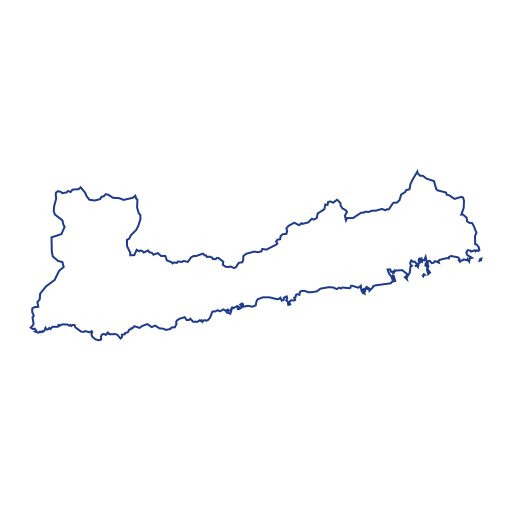 Bolaang Mongondow Selatan, Sulawesi Utara, Indonesia (Natural Earth projection)
{"feature_id": "22746128B14720240696101", "entity_name": "Bolaang Mongondow Selatan", "entity_type": "district", "adm_level": 2, "iso_a3": "IDN", "parent_name": "Indonesia", "parent_adm1": "Sulawesi Utara", "projection": "natural_earth1", "projection_center": [123.982, 0.455], "detail": "fine", "context": "isolated", "style": "outline", "palette": "blue", "viewbox_px": 512, "rotation_deg": 0, "n_neighbors": 0, "source": "geoboundaries", "source_scale": "gbopen_adm2", "svg_char_len": 6048}
<svg xmlns="http://www.w3.org/2000/svg" viewBox="0 0 512 512"><path d="M105.7,194.2L103.6,196.4L101.5,196.8L100.2,199.1L94.6,200.5L89.3,199.7L86.5,196.0L85.2,192.8L80.6,187.3L78.6,189.2L72.5,189.6L70.6,192.0L68.1,191.0L66.4,192.5L62.2,193.1L60.9,191.9L57.9,191.2L56.1,192.5L55.7,194.4L56.2,198.5L54.1,206.3L53.7,211.1L54.9,214.5L62.4,220.4L63.5,225.0L64.6,226.8L61.4,234.1L51.5,237.4L51.8,251.6L52.8,256.5L58.0,260.9L62.4,262.1L63.7,267.0L59.1,270.8L54.6,280.0L46.1,286.3L40.2,293.6L39.7,299.4L37.4,302.2L38.3,306.8L34.3,307.2L32.3,308.4L32.2,312.0L33.8,315.7L32.5,317.5L33.5,323.1L33.2,325.0L30.7,327.6L32.9,329.1L34.8,328.6L36.1,330.7L35.0,331.5L38.5,332.7L39.9,331.6L40.5,332.2L42.2,331.3L42.6,331.9L44.5,330.6L45.5,327.9L46.4,329.4L47.7,329.5L49.3,328.0L50.3,329.1L52.5,326.8L57.6,326.8L58.7,326.2L58.4,325.2L59.0,324.9L59.8,325.7L62.3,324.4L67.3,324.5L69.4,325.7L70.4,324.9L71.4,326.0L72.5,325.0L74.5,325.0L75.4,327.4L81.1,331.6L83.7,331.9L85.4,331.1L89.3,332.3L91.7,331.2L92.2,332.2L91.4,334.2L92.2,336.7L95.4,339.3L98.8,340.3L101.1,339.5L100.9,337.1L101.8,334.7L103.9,333.9L105.9,334.9L107.7,332.5L108.7,333.3L108.2,333.7L110.0,334.3L115.6,334.1L117.4,334.8L120.5,338.5L121.9,337.2L122.0,334.7L124.7,334.3L125.3,332.9L127.9,332.3L129.1,329.7L130.7,329.4L131.3,328.2L132.5,328.2L134.4,326.2L139.5,327.9L142.3,325.9L147.4,324.1L151.7,327.1L155.2,325.6L159.6,328.4L162.8,328.6L166.1,329.9L170.4,329.0L171.5,327.5L174.8,327.3L176.5,324.0L176.1,322.3L176.9,320.5L179.6,318.7L184.8,317.2L186.5,320.0L189.0,320.0L190.3,318.7L193.0,321.7L197.6,321.8L199.6,320.3L200.6,320.9L201.3,320.3L202.4,321.9L203.4,320.4L205.2,320.3L205.6,319.6L205.5,320.4L206.5,320.7L208.2,319.9L210.1,317.6L212.2,312.0L213.1,311.4L215.5,311.4L217.6,310.2L220.0,311.3L223.5,309.4L225.5,310.8L227.8,309.6L228.4,310.6L226.9,312.5L230.3,313.7L231.4,310.3L230.2,310.4L232.2,307.4L233.3,308.2L237.3,306.0L238.8,307.0L237.7,308.2L237.8,309.1L238.8,309.2L241.5,307.7L241.3,305.9L240.2,304.6L241.9,303.5L242.7,303.8L243.4,306.7L248.0,305.8L252.4,306.7L255.7,305.4L256.5,301.3L257.7,299.3L262.8,297.3L269.3,297.3L277.1,299.2L278.8,299.0L280.3,297.7L281.8,300.7L283.7,299.8L283.8,297.8L286.7,296.4L287.3,298.1L286.2,300.3L287.9,301.8L288.2,304.9L289.2,304.9L290.2,304.3L289.2,302.4L290.7,300.4L294.6,300.4L295.2,299.7L294.2,297.8L295.5,297.2L296.0,294.9L297.3,294.2L299.4,294.8L299.9,292.0L301.6,290.9L304.7,290.9L308.7,292.3L312.4,292.1L317.0,291.3L320.6,288.6L328.8,287.2L333.4,287.5L336.6,289.1L339.3,287.6L340.8,288.5L342.4,287.5L349.0,288.2L350.3,287.9L351.0,285.9L351.9,285.7L358.4,287.7L360.8,285.7L361.4,290.4L362.8,292.9L364.4,293.6L363.1,289.6L363.8,289.0L365.1,290.6L365.6,288.3L366.7,286.9L367.7,287.7L367.3,288.9L368.1,289.2L368.2,288.0L369.4,288.6L369.5,290.7L373.2,287.0L373.2,286.1L375.2,285.4L390.7,283.3L392.2,281.6L395.2,281.0L393.7,275.8L393.0,275.5L392.4,277.7L393.7,278.9L392.5,279.6L391.3,276.4L389.1,273.8L387.6,269.5L390.2,269.4L391.1,271.8L392.3,271.6L392.9,272.8L393.7,271.7L393.6,273.7L394.0,272.1L395.7,270.5L402.2,270.2L406.9,273.8L406.8,275.7L404.9,277.2L406.8,279.1L406.5,277.9L409.7,272.8L410.5,266.7L411.9,265.8L410.6,264.8L410.2,262.9L411.3,260.4L413.0,261.9L414.6,261.5L416.4,263.6L417.6,263.6L416.9,265.5L417.9,267.0L418.5,263.6L419.8,262.7L418.6,260.7L419.1,258.7L421.2,258.4L420.2,260.9L422.0,261.9L422.2,259.8L424.1,260.4L425.6,256.8L426.7,262.1L425.5,264.0L425.5,266.5L426.3,264.8L427.2,264.6L426.8,266.4L427.7,268.1L428.4,266.5L427.6,263.5L428.3,261.1L429.9,261.0L431.8,263.2L433.9,262.6L434.9,261.1L438.9,262.7L438.3,260.8L439.8,259.8L446.8,258.1L448.8,258.4L448.9,257.1L451.0,256.0L457.8,257.3L459.4,258.8L458.8,260.3L460.0,261.8L461.2,260.4L462.8,260.3L463.7,259.4L467.1,260.3L467.6,259.1L469.2,261.5L469.7,258.4L471.9,257.8L467.3,255.1L466.3,252.6L467.7,250.2L470.5,250.6L471.1,251.6L474.7,250.3L475.4,251.4L477.0,250.3L478.2,251.0L479.4,250.0L478.7,247.1L476.6,244.5L475.2,244.2L475.0,236.0L476.4,232.7L473.8,226.1L472.1,223.1L469.6,222.9L467.1,221.4L466.6,217.6L462.4,214.2L461.4,214.5L463.7,207.8L464.0,200.9L463.1,197.6L461.1,196.9L454.6,198.9L449.0,195.2L446.7,194.7L446.0,192.5L437.4,190.3L436.2,189.0L434.0,181.1L426.5,178.6L422.8,175.8L420.1,175.7L417.5,173.1L417.3,171.7L412.2,180.3L410.4,184.3L409.5,189.3L406.2,190.1L405.2,192.0L401.2,194.5L399.5,200.1L396.9,202.7L394.2,202.6L392.8,203.4L388.8,209.4L386.8,209.3L385.4,210.3L381.9,208.9L376.1,210.6L371.4,210.8L368.8,212.0L365.4,211.7L363.5,212.7L361.2,212.7L353.1,218.0L347.1,218.1L346.0,220.4L344.9,215.6L347.0,212.0L345.6,210.1L342.5,208.5L340.6,205.6L340.4,203.1L337.8,200.3L336.9,199.8L333.2,202.7L330.5,201.5L328.2,201.9L327.5,204.9L325.3,204.5L324.4,209.2L317.7,213.5L316.7,218.1L313.7,219.6L311.8,218.8L308.3,222.4L302.4,223.9L301.6,223.2L299.0,225.2L294.3,222.7L288.6,225.8L286.4,228.3L287.1,231.1L286.4,233.8L282.6,234.3L280.6,236.1L280.2,239.2L277.5,239.7L276.1,241.5L277.3,243.2L276.6,244.4L266.5,249.6L262.2,249.0L261.4,251.4L257.8,252.2L254.3,251.6L246.3,253.7L243.4,256.0L243.1,260.4L242.2,262.3L238.8,262.8L235.8,267.3L234.0,268.0L230.6,266.5L228.4,267.1L225.5,266.7L222.8,264.8L223.3,261.8L218.5,258.0L216.9,257.9L215.5,259.2L212.8,259.0L212.4,257.8L210.1,256.7L206.9,256.9L206.0,255.4L204.7,255.4L202.9,253.6L196.3,256.0L193.6,256.0L191.1,257.4L187.8,261.9L183.7,260.9L182.2,261.9L177.9,261.5L176.8,262.9L173.9,262.5L172.5,263.4L171.6,262.2L166.9,260.4L165.3,255.9L161.1,256.0L157.9,253.1L153.4,254.7L151.9,252.8L149.5,252.4L148.1,250.5L143.7,252.5L142.0,250.8L140.4,250.5L139.0,251.3L136.7,249.8L134.3,255.1L130.3,255.3L130.2,252.7L127.0,246.0L127.0,239.8L129.1,238.8L131.0,235.1L136.1,230.1L138.2,226.1L140.5,218.9L140.3,214.9L138.8,213.4L137.1,207.7L137.4,199.7L136.2,198.6L135.3,195.7L132.8,197.8L123.6,199.9L119.4,198.2L113.0,197.8L108.2,194.7L105.7,194.2ZM428.2,274.2L430.0,272.5L427.2,268.7L426.9,269.5L428.2,274.2ZM481.3,258.6L480.1,259.1L479.6,260.7L481.0,260.3L481.3,258.6ZM424.8,274.9L423.8,274.2L422.8,275.8L423.2,276.2L423.3,275.4L424.8,274.9ZM416.7,265.6L416.1,265.5L415.0,266.3L416.7,265.6Z" fill="none" stroke="#1e3a8a" stroke-width="2"/></svg>